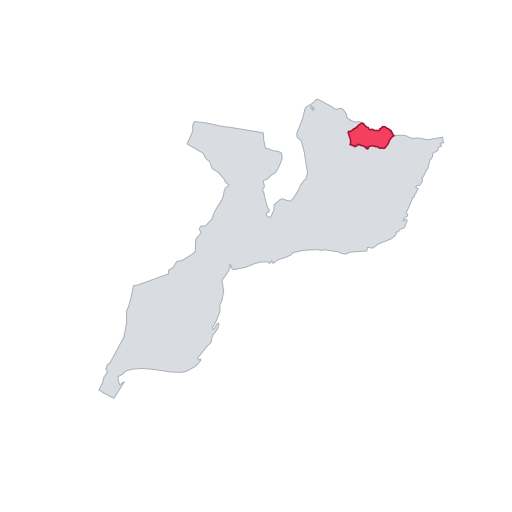 Mecula, Niassa, Mozambique shown in context, rotated 28°
{"feature_id": "85939544B86519405521682", "entity_name": "Mecula", "entity_type": "district", "adm_level": 2, "iso_a3": "MOZ", "parent_name": "Mozambique", "parent_adm1": "Niassa", "projection": "mercator", "projection_center": [37.409, -11.97], "detail": "fine", "context": "in_parent", "style": "filled", "palette": "rose", "viewbox_px": 512, "rotation_deg": 28, "n_neighbors": 0, "source": "geoboundaries", "source_scale": "gbopen_adm2", "svg_char_len": 8044}
<svg xmlns="http://www.w3.org/2000/svg" viewBox="0 0 512 512"><g transform="rotate(28 256 256)"><path d="M161.9,339.8L165.0,337.3L185.9,314.3L187.2,313.4L185.5,309.6L188.2,305.2L188.6,298.3L189.4,297.2L192.6,294.9L196.9,287.8L199.7,282.4L200.0,279.7L196.1,272.3L194.9,268.3L196.1,264.9L196.5,261.7L196.0,260.6L193.5,259.3L193.2,257.8L193.2,256.1L193.7,255.2L196.6,253.7L197.3,252.9L199.7,244.2L198.8,237.8L198.8,230.4L199.4,222.8L199.1,218.4L197.3,213.5L197.1,209.9L198.5,207.4L198.7,205.9L194.1,205.1L191.8,203.1L183.1,199.8L176.3,199.4L170.7,194.4L166.4,193.6L160.7,190.0L143.0,189.4L142.4,189.0L141.8,178.1L141.1,174.5L138.9,170.7L138.3,168.0L138.5,166.3L148.3,162.3L167.4,156.8L171.7,154.9L204.3,143.9L205.2,144.6L208.5,150.2L213.9,156.6L215.3,155.7L223.1,154.7L224.2,153.9L226.6,153.3L229.4,152.9L230.3,153.3L233.2,157.3L234.2,164.7L234.3,169.7L234.0,173.3L231.6,177.5L229.9,182.7L227.4,185.6L227.5,186.9L230.3,190.0L230.9,191.3L230.8,194.1L231.2,195.2L233.7,196.9L235.6,199.5L242.7,207.1L244.5,208.4L245.9,208.8L246.6,210.3L246.2,212.0L245.1,213.0L245.6,214.4L246.9,215.6L250.2,215.4L250.6,214.9L250.4,208.2L249.2,204.3L247.9,202.4L250.6,195.2L252.1,193.2L257.4,192.4L259.9,191.7L260.9,190.8L261.7,188.5L262.3,182.1L262.5,176.1L262.0,172.6L262.8,167.3L263.9,164.0L263.4,163.4L262.9,159.0L249.6,141.3L242.1,133.4L240.8,132.6L236.7,131.9L234.5,129.0L232.7,113.2L229.9,101.8L234.3,94.4L235.7,89.5L236.6,88.8L240.3,88.5L253.4,88.7L256.7,89.1L258.1,88.7L261.6,85.7L264.3,85.8L268.1,87.6L270.2,89.3L270.5,90.7L273.1,91.5L277.8,91.7L281.2,91.0L283.4,89.3L285.6,88.4L288.0,88.3L289.8,88.9L291.0,90.1L293.3,91.0L296.7,91.6L300.5,90.8L304.5,88.6L306.8,86.4L308.1,82.7L308.9,82.2L314.5,81.8L317.6,82.5L321.5,84.8L328.2,80.7L332.5,79.3L336.6,79.3L339.9,78.3L342.5,76.3L345.3,75.0L350.9,73.5L354.7,71.5L365.2,63.4L366.4,65.7L368.5,67.9L365.7,70.2L368.2,71.7L366.4,73.9L366.2,75.5L367.0,77.0L365.8,79.5L364.3,81.5L363.9,83.0L365.3,85.7L364.6,90.4L366.7,98.2L366.1,100.8L366.5,107.0L365.7,109.3L367.1,110.1L367.8,112.5L367.2,116.8L364.9,118.7L364.6,120.4L367.6,120.5L367.6,125.9L367.2,127.5L367.9,129.3L367.0,131.4L368.0,140.1L368.2,146.4L368.3,147.4L370.8,148.5L370.8,150.2L369.1,152.5L369.3,155.9L371.1,153.2L372.1,153.2L373.1,154.3L373.1,158.1L373.7,160.0L373.5,161.7L370.5,164.9L370.3,168.0L369.2,168.4L368.6,169.1L369.4,170.9L369.4,172.5L367.3,177.4L357.4,189.0L357.2,191.0L354.6,194.7L351.8,195.3L350.3,196.3L351.5,199.5L338.2,207.8L336.8,208.9L334.7,212.0L330.2,213.6L325.5,213.8L324.7,214.4L313.8,218.2L311.7,220.1L307.1,221.7L299.8,225.9L293.9,229.8L287.1,235.7L286.2,238.8L283.1,243.0L278.3,247.9L275.4,252.0L275.3,253.8L273.6,254.4L272.1,252.6L271.5,256.0L270.4,256.2L269.1,255.5L263.1,259.1L258.6,263.1L252.2,270.8L243.0,278.3L240.9,278.5L238.0,275.9L236.4,275.7L238.7,278.5L238.6,284.9L237.5,292.3L237.6,293.9L243.8,301.8L246.8,311.0L247.0,315.8L250.1,321.9L251.4,331.1L251.1,339.7L252.6,341.1L253.2,339.8L253.4,334.4L254.3,333.0L255.1,333.2L255.9,336.1L256.2,339.2L255.0,346.0L255.4,348.7L256.9,353.3L255.1,358.6L252.4,373.5L253.0,374.4L254.4,374.7L254.9,373.1L255.7,373.1L256.2,374.1L255.0,379.9L253.9,382.5L249.8,388.8L247.6,391.5L244.0,394.2L235.4,398.3L218.4,404.4L207.5,409.1L199.0,414.7L195.2,418.5L193.7,422.8L190.8,427.4L193.3,431.2L196.5,433.9L198.0,429.4L198.8,429.3L197.3,448.3L185.5,448.6L182.1,447.9L180.2,448.0L180.0,440.1L178.6,434.2L179.2,430.0L179.0,427.7L176.5,426.2L175.9,421.7L177.3,418.2L177.4,389.5L173.2,375.7L167.6,365.8L167.3,360.9L164.8,350.0L161.9,339.8ZM237.2,100.8L238.5,100.1L238.7,98.8L237.8,98.2L237.1,98.3L236.7,100.4L237.2,100.8ZM236.2,98.4L235.1,97.5L234.3,97.7L234.0,98.5L234.9,99.6L235.8,99.6L236.2,98.4Z" fill="#d9dde1" stroke="#a8b0b8" stroke-width="1"/><path d="M315.3,102.5L315.8,102.2L316.4,101.7L316.9,101.5L317.1,101.3L317.4,101.1L317.9,100.9L318.1,100.8L318.3,100.9L318.4,100.7L318.5,100.6L318.8,100.6L319.1,100.3L319.1,99.9L319.0,99.7L319.1,99.4L319.3,99.2L319.3,98.9L319.4,98.6L319.5,98.2L319.5,97.9L319.5,97.7L319.6,97.2L319.9,96.5L319.9,96.1L320.0,95.7L319.9,95.1L319.8,94.8L320.0,94.4L320.0,94.1L319.9,93.8L319.7,93.2L319.8,92.6L319.6,92.1L319.5,91.9L319.7,91.7L319.7,91.2L319.7,90.7L319.8,90.1L319.8,89.9L319.7,89.6L319.7,89.3L319.9,88.7L319.9,88.2L320.1,87.8L320.2,87.5L320.5,86.5L320.7,86.1L321.0,85.6L321.3,85.2L321.1,85.0L320.8,85.0L320.7,84.9L320.4,84.6L320.1,84.4L319.6,84.3L319.3,84.3L318.8,84.0L318.6,83.7L318.4,83.5L318.2,83.3L318.0,83.1L317.9,83.0L317.7,82.9L317.1,83.0L316.9,82.9L316.9,82.6L316.8,82.4L316.7,82.1L316.4,82.1L316.2,82.0L316.0,81.9L315.4,81.8L315.2,81.8L314.9,81.9L314.2,81.9L313.8,81.7L313.4,81.5L313.1,81.4L312.8,81.5L312.1,81.8L311.9,81.8L311.7,81.7L311.0,81.7L310.9,81.7L310.6,81.5L310.1,81.5L309.8,81.5L309.6,81.4L309.4,81.4L309.0,81.4L308.8,81.5L308.7,81.6L308.3,81.7L307.8,82.0L307.6,82.1L307.6,82.4L307.5,82.5L307.4,82.5L307.0,82.5L306.9,82.5L306.9,82.8L306.9,83.2L306.9,83.3L306.9,83.9L306.8,84.0L306.6,84.0L306.6,84.4L306.4,84.8L306.1,85.0L305.9,85.2L305.8,85.5L305.8,85.8L305.7,85.9L305.6,86.0L305.7,86.3L305.9,86.3L306.0,86.4L305.9,87.1L305.6,87.4L305.3,87.7L305.2,87.9L304.9,88.0L304.7,88.1L304.1,88.3L303.8,88.3L303.7,88.4L303.5,88.5L303.1,88.6L302.9,88.7L302.6,89.0L302.3,89.2L301.5,89.6L301.3,89.6L301.0,89.6L300.7,89.5L300.4,89.4L300.1,89.4L299.8,89.4L299.6,89.4L299.5,89.5L299.3,89.7L298.7,89.8L298.4,90.0L298.2,90.1L297.9,90.5L297.7,90.9L297.6,91.0L297.0,91.2L296.7,91.0L296.5,90.9L295.9,90.8L295.7,90.7L295.5,90.4L295.1,90.1L294.6,89.9L294.3,89.9L293.8,90.2L293.5,90.3L293.1,90.2L292.7,90.1L291.8,89.8L291.5,89.9L291.3,89.8L291.0,89.7L290.4,89.7L290.2,89.6L289.5,89.0L289.2,88.9L288.9,88.7L288.5,88.8L288.2,88.7L287.6,88.9L287.4,89.0L287.0,89.0L286.9,89.1L286.9,89.3L286.8,89.5L286.7,89.5L286.4,89.8L286.2,90.1L286.0,90.6L285.9,91.0L285.8,91.3L285.7,91.4L285.6,91.5L285.3,91.9L285.3,92.0L285.2,92.1L285.0,92.3L284.9,92.5L285.0,92.6L284.9,92.9L285.0,93.1L285.0,93.4L285.0,93.5L284.9,93.7L284.9,93.9L284.8,94.0L284.7,94.3L284.6,94.5L284.5,94.8L284.4,94.9L284.5,95.0L284.4,95.1L284.4,95.3L284.4,95.5L284.2,95.5L283.9,95.9L283.8,96.0L283.9,96.3L283.8,96.6L283.5,97.0L283.4,97.1L283.3,97.3L283.2,97.3L283.2,97.5L282.9,97.8L282.7,97.8L282.7,98.0L282.4,98.2L282.3,98.4L282.3,98.6L282.4,98.9L282.5,99.0L282.5,99.5L282.2,99.6L282.0,99.8L281.8,99.9L281.7,100.2L281.6,100.4L281.5,100.5L281.4,100.7L281.3,100.9L281.1,101.0L281.0,101.4L280.9,101.5L280.6,101.9L280.5,102.2L280.4,102.2L280.2,102.2L280.0,102.5L279.9,102.5L280.0,102.6L279.9,102.7L279.8,102.8L279.5,102.9L279.4,103.0L279.4,103.3L279.3,103.6L279.5,103.8L285.0,109.2L285.1,109.4L285.2,109.6L285.4,109.9L286.5,111.9L286.6,112.2L286.6,112.4L286.7,112.5L286.7,112.8L286.8,112.8L286.8,113.0L286.6,113.0L286.6,113.3L286.8,113.3L287.0,113.3L287.2,113.5L287.3,113.5L287.4,113.4L287.5,113.1L287.9,113.1L288.3,113.2L288.5,113.1L288.9,113.1L289.1,113.2L289.3,113.2L289.5,112.9L289.8,112.9L290.0,112.9L290.5,112.5L290.7,112.4L290.8,112.4L290.8,112.6L291.1,112.9L291.5,113.0L291.9,113.1L292.1,112.9L292.5,112.4L292.9,112.1L293.0,111.9L293.1,111.7L293.2,111.4L293.2,110.9L293.1,110.6L293.4,110.0L293.5,109.8L293.8,109.9L293.9,109.4L294.0,109.3L294.2,109.2L294.4,109.3L294.5,109.3L294.7,109.1L294.8,109.1L295.1,109.3L295.5,109.2L295.8,109.0L296.0,109.0L296.3,109.3L296.6,109.2L296.8,109.0L297.1,108.9L297.4,108.9L297.5,108.8L297.9,108.9L298.6,108.7L299.0,108.5L299.1,108.4L299.4,108.3L299.9,108.4L300.4,108.5L300.7,108.5L300.9,108.4L301.2,108.4L301.4,108.2L301.6,108.2L302.3,108.2L302.5,108.2L302.1,108.7L302.0,109.0L303.1,109.2L304.2,109.1L304.3,109.1L304.4,108.9L304.6,108.5L304.5,108.4L304.1,107.9L304.0,107.6L304.2,106.9L304.3,106.6L304.6,106.6L304.8,106.4L304.9,106.2L305.1,105.7L305.3,105.2L305.8,104.8L306.0,104.5L306.8,104.3L307.2,104.0L307.7,103.9L308.0,103.9L308.2,103.6L308.6,103.5L309.0,103.3L309.2,103.2L309.7,103.3L309.8,103.3L310.2,103.3L310.5,103.4L310.8,103.3L311.2,103.0L311.5,102.8L311.8,102.7L312.4,102.2L312.6,102.2L312.8,102.2L313.2,102.5L313.4,102.7L313.5,102.8L314.2,102.6L314.3,102.6L314.6,102.6L314.9,102.6L315.3,102.5Z" fill="#f43f5e" stroke="#9f1239" stroke-width="1.5"/></g></svg>